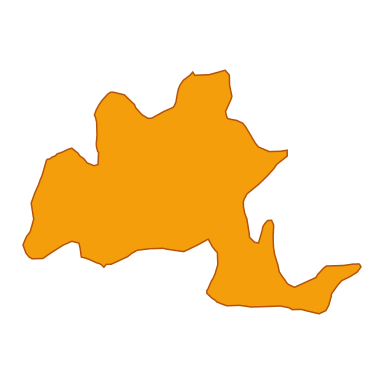 Fayyum, Al Fayyum, Egypt
{"feature_id": "37247803B19900063663669", "entity_name": "Fayyum", "entity_type": "district", "adm_level": 2, "iso_a3": "EGY", "parent_name": "Egypt", "parent_adm1": "Al Fayyum", "projection": "robinson", "projection_center": [30.852, 29.314], "detail": "fine", "context": "isolated", "style": "filled", "palette": "amber", "viewbox_px": 384, "rotation_deg": 0, "n_neighbors": 0, "source": "geoboundaries", "source_scale": "gbopen_adm2", "svg_char_len": 2703}
<svg xmlns="http://www.w3.org/2000/svg" viewBox="0 0 384 384"><path d="M229.3,75.1L225.1,70.2L217.3,72.5L208.5,74.8L203.6,74.9L194.7,75.3L192.8,72.1L191.7,73.3L189.8,75.4L184.0,79.7L183.0,80.7L180.2,84.8L178.4,89.0L177.5,93.0L175.9,102.2L174.3,105.8L174.1,106.0L174.0,106.3L173.1,107.4L163.4,111.7L153.7,117.1L151.7,118.2L149.7,118.3L147.8,118.3L141.7,114.5L135.6,107.6L134.5,104.6L131.9,102.2L130.4,100.7L128.4,98.8L126.3,96.8L124.3,94.8L113.3,92.2L110.4,92.3L107.5,94.4L101.8,100.7L99.0,104.8L96.2,110.0L94.4,115.1L95.4,117.1L96.6,122.1L97.0,135.2L96.3,143.3L96.4,146.4L97.6,151.4L98.6,152.4L98.0,164.5L96.8,164.9L94.1,165.7L87.1,162.9L84.0,158.9L79.9,156.0L77.9,153.1L71.8,148.2L67.9,149.4L65.9,150.4L61.1,152.6L57.2,153.8L55.3,155.9L52.3,157.0L49.4,159.1L47.5,159.2L46.5,160.2L45.6,163.3L44.7,166.3L43.5,170.6L42.1,175.5L40.3,179.6L38.5,184.8L34.8,193.0L31.2,203.2L33.7,219.3L30.2,231.6L26.4,236.8L24.6,240.9L23.0,245.0L25.9,253.0L29.0,256.9L32.1,258.8L42.9,258.5L50.6,253.1L62.2,245.7L64.2,244.6L71.9,241.3L78.9,243.1L80.1,248.1L81.3,257.1L85.3,258.0L90.3,259.9L96.3,262.7L99.3,263.6L101.3,264.6L103.9,267.2L106.3,264.4L111.2,264.2L116.1,262.0L127.7,256.6L131.6,253.4L137.4,250.2L150.2,248.7L163.0,248.3L166.9,249.2L177.9,250.8L183.8,251.6L196.6,245.5L197.0,245.3L197.4,245.1L203.2,241.9L208.2,239.1L212.3,246.6L215.4,250.6L217.4,252.5L217.5,256.6L217.7,261.6L217.8,264.6L216.9,267.7L215.1,273.8L213.3,277.9L212.2,279.7L211.4,281.0L207.8,289.3L206.8,290.6L206.9,293.3L207.9,294.3L210.0,296.3L212.0,298.2L215.0,300.1L217.1,302.1L224.1,304.9L227.1,305.8L232.0,305.6L237.9,305.4L239.9,305.4L245.8,306.2L250.8,307.0L258.7,306.8L267.5,306.5L273.4,306.3L280.3,306.0L289.3,307.8L292.3,309.7L296.3,309.5L298.2,309.5L298.3,309.5L301.2,309.4L308.1,311.2L319.1,313.8L325.9,310.6L327.3,308.0L328.7,305.4L331.3,296.2L331.3,294.2L337.9,284.9L341.7,280.7L350.4,276.4L357.2,272.1L361.0,266.9L359.9,264.9L358.9,263.9L355.4,264.1L353.0,264.1L344.1,265.4L340.2,265.6L326.4,266.0L323.5,268.2L317.8,274.4L315.9,277.5L294.5,287.3L288.5,284.5L286.5,282.6L285.4,280.6L282.3,276.6L279.2,271.7L279.0,270.4L278.0,265.6L274.7,254.6L273.5,247.6L273.1,236.5L273.7,225.3L271.6,220.3L267.6,220.5L264.8,223.6L262.9,226.7L262.1,230.8L260.3,236.9L258.5,243.0L254.5,242.2L249.5,237.3L249.3,234.2L246.9,219.1L244.7,213.2L243.5,207.1L243.3,202.1L244.2,199.0L247.0,193.9L254.7,187.5L257.6,185.2L258.6,184.4L267.2,176.0L273.8,168.7L276.6,164.5L287.2,156.1L287.2,150.2L280.2,151.3L275.4,151.4L269.3,151.6L258.3,146.9L255.2,143.0L245.8,127.1L242.7,123.2L236.7,120.4L231.7,119.5L227.7,118.6L226.7,116.7L225.5,111.6L231.0,99.3L231.9,96.3L230.8,91.2L229.6,85.2L229.4,78.1L229.3,75.1Z" fill="#f59e0b" stroke="#b45309" stroke-width="1.5"/></svg>